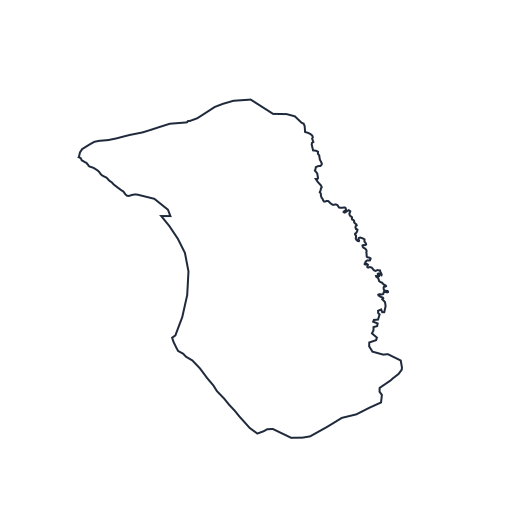 Doma, Nassarawa, Nigeria (Natural Earth projection), rotated 141°
{"feature_id": "59680162B87556890682936", "entity_name": "Doma", "entity_type": "district", "adm_level": 2, "iso_a3": "NGA", "parent_name": "Nigeria", "parent_adm1": "Nassarawa", "projection": "natural_earth1", "projection_center": [8.177, 8.137], "detail": "fine", "context": "isolated", "style": "outline", "palette": "slate", "viewbox_px": 512, "rotation_deg": 141, "n_neighbors": 0, "source": "geoboundaries", "source_scale": "gbopen_adm2", "svg_char_len": 4429}
<svg xmlns="http://www.w3.org/2000/svg" viewBox="0 0 512 512"><g transform="rotate(141 256 256)"><path d="M239.7,413.0L249.9,417.0L255.9,419.3L266.3,423.4L278.3,429.7L285.7,433.1L290.4,435.2L297.9,439.1L305.4,444.2L309.8,446.5L315.8,447.5L323.7,448.5L327.6,447.3L331.4,444.3L331.5,444.3L330.7,442.3L330.8,441.6L330.9,441.0L331.1,440.5L331.2,440.0L330.8,438.9L330.5,438.4L330.1,437.1L329.8,436.2L329.5,435.9L329.2,435.1L329.1,434.5L329.3,434.1L329.2,433.7L329.1,432.9L329.1,432.4L329.2,432.2L329.3,431.7L329.3,431.2L329.0,430.2L327.8,428.4L326.8,426.7L326.1,424.8L325.2,421.8L325.0,420.7L325.1,417.9L325.1,416.7L324.9,415.6L323.9,413.1L322.9,411.1L322.8,410.0L322.7,409.3L322.7,407.7L322.5,406.5L322.3,405.8L322.0,404.9L321.7,403.7L321.6,402.1L321.6,401.2L320.7,397.4L319.6,393.1L319.3,391.9L318.6,390.0L318.5,389.1L318.6,387.5L318.7,386.0L318.3,384.0L317.3,382.9L315.5,382.0L314.2,381.7L313.0,380.9L311.4,380.1L310.6,379.4L309.2,377.9L299.0,364.4L295.3,347.4L297.4,340.9L304.5,346.7L304.5,333.7L305.9,318.5L309.3,303.1L318.2,286.5L323.8,280.3L328.3,275.3L334.1,268.9L351.8,254.9L360.7,249.7L367.5,245.7L368.6,245.0L372.6,245.3L374.1,241.4L375.6,235.0L376.3,231.2L374.1,225.9L373.8,221.8L371.2,214.9L370.6,207.9L370.3,204.0L370.8,191.8L370.6,182.3L371.4,175.5L370.5,165.3L370.5,157.3L369.9,149.0L369.9,141.6L369.1,126.3L366.7,117.2L360.4,115.0L356.3,114.3L351.8,111.0L343.1,92.6L334.2,85.6L327.5,81.8L309.2,78.6L304.3,77.9L291.2,76.2L283.4,72.5L277.7,69.8L263.3,66.7L251.0,63.5L245.6,68.8L245.4,72.8L242.9,75.7L229.6,74.6L226.6,74.8L219.6,74.6L214.4,75.9L212.8,77.4L209.3,83.7L215.3,96.7L219.2,99.3L225.7,108.4L224.9,114.6L222.4,117.5L215.6,115.0L213.4,116.5L214.6,122.9L211.6,124.2L209.4,126.8L206.0,125.3L203.9,127.0L206.3,131.2L204.6,132.1L201.2,129.8L196.7,132.8L197.0,134.7L195.6,136.6L192.4,135.7L193.3,132.9L191.7,131.6L186.8,135.5L184.8,138.9L184.9,141.3L185.1,142.9L183.7,143.1L183.6,143.8L184.9,146.0L185.6,148.3L185.3,149.0L184.0,148.6L182.5,146.9L181.0,146.4L179.5,147.5L177.9,146.5L176.9,145.1L176.2,144.9L175.8,145.3L175.8,146.1L176.6,146.8L177.3,147.4L178.0,148.9L177.4,150.2L176.8,151.1L175.9,151.6L174.7,150.8L173.9,150.7L173.7,151.2L174.4,152.8L174.9,154.8L174.7,155.8L175.7,157.4L176.1,159.0L175.4,160.6L175.0,162.4L175.6,164.1L175.3,164.9L174.5,164.4L174.0,163.1L173.1,162.8L172.7,163.4L172.9,164.8L172.5,165.5L171.6,165.2L170.6,162.1L170.0,162.5L169.6,164.0L169.3,165.6L168.7,166.7L170.5,168.6L172.5,169.2L173.2,170.3L173.4,171.6L173.3,173.9L174.0,175.2L174.7,175.9L176.1,176.4L176.5,177.1L176.2,177.7L175.5,178.4L174.5,178.7L174.6,179.6L175.1,180.3L176.5,180.6L176.7,181.3L176.1,181.8L174.9,182.0L174.4,182.6L173.0,182.7L172.1,182.4L171.0,181.4L170.2,180.9L169.6,181.4L168.6,181.7L168.5,182.2L169.0,183.5L169.8,184.3L170.4,185.6L169.6,187.0L168.8,187.9L168.0,189.4L167.0,190.1L166.5,191.3L166.5,193.0L167.3,194.9L167.3,196.0L166.6,197.2L165.7,197.0L164.6,195.9L163.7,195.6L163.0,195.8L162.7,196.6L162.6,199.1L161.2,200.6L161.6,201.9L162.8,203.8L163.4,204.8L164.9,205.3L165.9,204.5L166.1,203.2L166.7,202.8L167.5,203.6L167.8,205.6L167.5,206.8L166.3,207.9L165.4,208.9L165.5,210.4L164.9,211.0L163.2,210.9L161.2,212.0L160.6,212.5L160.8,213.6L161.3,214.0L160.8,215.6L159.7,216.5L158.5,216.4L158.1,217.3L158.6,219.7L158.4,220.7L157.7,221.3L157.6,222.1L157.8,223.0L158.3,223.8L158.2,224.4L157.3,225.3L157.0,225.9L157.3,226.9L157.6,228.3L156.9,230.1L154.6,231.4L155.1,233.3L159.4,233.8L160.0,234.1L160.2,235.1L159.2,235.3L157.6,235.1L156.7,235.6L156.2,237.0L156.5,237.9L159.7,240.0L161.0,241.5L160.7,244.3L161.5,245.9L163.4,246.9L164.2,247.6L165.0,250.3L165.2,253.1L166.4,254.3L168.0,254.8L168.9,255.6L168.8,257.0L168.4,258.1L168.3,260.1L167.6,262.0L166.7,263.2L166.3,263.9L166.3,265.5L165.0,266.1L164.0,266.7L163.0,267.7L161.7,268.0L161.1,269.9L161.4,274.7L161.1,278.2L159.6,277.2L158.8,277.5L156.5,281.5L156.4,283.8L156.5,285.3L155.1,286.1L153.6,287.4L151.0,286.7L149.3,285.4L147.5,285.7L146.6,286.5L145.7,290.7L144.6,292.7L143.5,294.5L143.6,296.4L142.2,298.0L143.1,300.0L145.2,302.2L144.6,303.4L142.5,307.7L141.2,308.7L139.7,308.5L138.5,311.9L137.1,312.5L136.5,314.2L137.0,316.7L138.3,319.3L139.8,321.5L137.9,324.2L136.4,326.4L135.7,329.0L136.7,330.7L137.9,340.1L142.9,347.0L153.3,355.7L161.7,380.9L172.1,388.2L175.1,390.3L175.8,390.8L186.0,395.1L194.3,397.8L205.8,399.0L214.9,400.0L222.0,402.4L224.1,403.7L225.3,403.3L226.3,403.8L228.8,405.5L239.7,413.0Z" fill="none" stroke="#1e293b" stroke-width="2"/></g></svg>